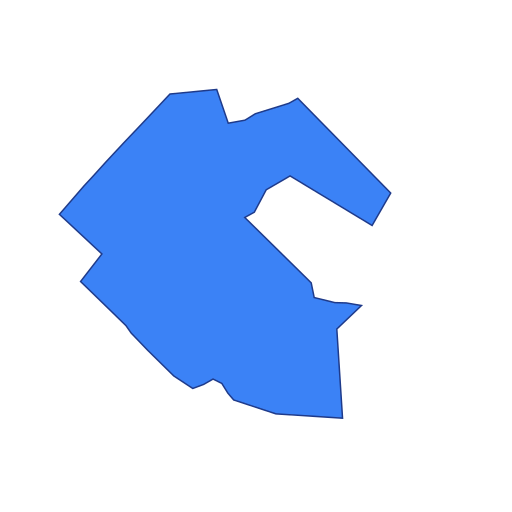 Poço das Antas, Rio Grande do Sul, Brazil (Natural Earth projection), rotated 43°
{"feature_id": "56859067B25116019813755", "entity_name": "Poço das Antas", "entity_type": "district", "adm_level": 2, "iso_a3": "BRA", "parent_name": "Brazil", "parent_adm1": "Rio Grande do Sul", "projection": "natural_earth1", "projection_center": [-51.638, -29.441], "detail": "fine", "context": "isolated", "style": "filled", "palette": "blue", "viewbox_px": 512, "rotation_deg": 43, "n_neighbors": 0, "source": "geoboundaries", "source_scale": "gbopen_adm2", "svg_char_len": 667}
<svg xmlns="http://www.w3.org/2000/svg" viewBox="0 0 512 512"><g transform="rotate(43 256 256)"><path d="M311.6,118.1L179.0,112.2L175.9,121.9L158.5,152.4L155.3,164.2L145.1,177.8L113.7,161.0L82.6,196.2L82.4,234.2L82.1,264.0L82.1,289.2L82.4,309.7L82.4,321.6L83.8,359.6L141.9,359.6L145.1,394.3L175.9,394.9L208.4,395.6L217.3,397.5L241.0,398.8L277.7,399.8L300.1,396.0L305.3,385.6L308.5,375.3L317.9,372.5L329.0,375.5L337.9,376.5L378.2,357.9L429.9,315.6L364.9,254.3L366.9,220.3L354.1,228.7L345.5,236.3L326.9,246.7L314.7,238.0L301.0,237.6L221.5,235.5L224.9,225.1L218.3,200.6L226.3,174.2L320.1,154.5L311.6,118.1Z" fill="#3b82f6" stroke="#1e3a8a" stroke-width="1.5"/></g></svg>